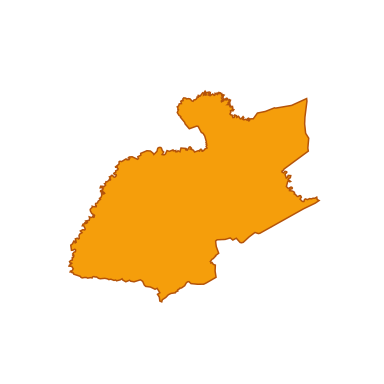 the district of Chum Phuang, Nakhon Ratchasima, Thailand, rotated 62°
{"feature_id": "78962969B76863241399521", "entity_name": "Chum Phuang", "entity_type": "district", "adm_level": 2, "iso_a3": "THA", "parent_name": "Thailand", "parent_adm1": "Nakhon Ratchasima", "projection": "natural_earth1", "projection_center": [102.724, 15.266], "detail": "fine", "context": "isolated", "style": "filled", "palette": "amber", "viewbox_px": 384, "rotation_deg": 62, "n_neighbors": 0, "source": "geoboundaries", "source_scale": "gbopen_adm2", "svg_char_len": 6132}
<svg xmlns="http://www.w3.org/2000/svg" viewBox="0 0 384 384"><g transform="rotate(62 192 192)"><path d="M199.3,63.7L193.5,64.1L184.8,60.6L179.0,57.2L165.8,47.9L163.3,46.9L162.3,63.4L157.2,78.8L156.4,79.7L155.3,89.4L153.0,97.2L156.1,103.5L154.7,106.4L155.9,107.8L155.9,108.5L154.6,109.0L154.0,107.2L153.4,107.3L153.3,108.3L154.2,109.8L153.1,110.2L152.6,112.3L151.8,113.0L150.6,111.3L149.4,111.5L150.4,114.2L150.1,115.0L147.0,115.4L147.1,117.4L145.6,116.8L144.0,118.1L144.1,118.9L145.2,118.8L146.0,119.7L145.5,121.0L142.9,120.5L141.9,121.7L140.9,121.9L140.0,120.5L138.3,119.8L139.6,117.7L138.9,116.4L137.8,117.6L137.1,116.6L135.5,116.1L135.4,117.5L134.3,117.4L134.5,118.3L133.7,118.3L133.5,117.4L132.6,117.6L131.5,119.6L131.4,118.8L130.2,118.3L130.0,117.7L131.5,117.0L130.5,116.6L129.0,114.9L128.3,115.4L129.4,115.7L129.5,116.6L128.3,116.1L127.5,117.0L125.9,116.9L125.3,117.6L125.4,118.1L126.3,117.9L126.8,118.7L124.7,120.1L125.6,120.3L126.3,121.2L126.2,123.6L125.4,123.4L124.8,121.6L122.9,121.8L123.1,120.2L122.0,119.4L121.5,118.2L120.7,118.9L121.8,119.9L121.3,120.6L118.9,119.6L118.4,120.8L117.6,120.5L116.7,121.6L117.6,122.3L116.5,123.2L117.7,123.8L115.7,125.3L117.1,126.3L117.1,127.1L115.2,127.7L115.5,130.8L114.0,132.0L114.1,130.0L112.9,129.2L112.8,130.8L112.5,131.0L111.7,130.2L111.0,132.9L109.1,133.1L110.1,135.0L110.5,134.8L110.3,133.4L112.4,133.6L113.0,134.2L112.6,134.8L111.5,134.1L111.8,136.2L110.6,135.3L109.4,136.0L111.2,140.0L110.9,140.6L109.9,140.6L109.6,141.2L111.3,142.0L111.0,142.9L109.9,142.8L111.0,143.1L111.9,144.5L112.1,145.7L111.6,147.0L112.4,148.5L111.6,149.3L108.9,150.0L107.9,151.2L107.2,153.2L106.2,153.4L105.0,155.1L105.5,156.3L106.5,156.8L106.5,157.6L107.0,157.4L106.6,159.3L109.0,159.8L108.2,161.9L109.7,163.4L109.9,165.1L111.1,164.9L112.3,165.7L112.9,165.3L114.9,167.7L118.3,167.5L120.0,166.5L120.6,167.1L127.0,165.8L128.7,166.1L134.9,164.7L136.0,157.0L136.9,155.8L143.8,155.8L145.4,154.7L148.6,154.5L154.6,155.8L155.0,156.5L156.0,156.3L156.6,157.1L157.6,156.8L158.3,158.1L160.2,158.1L160.1,160.6L160.6,161.2L161.0,163.5L160.7,163.9L160.1,163.3L159.5,164.0L158.4,164.0L158.4,164.9L159.4,166.2L158.5,166.9L157.9,171.0L155.8,171.1L153.4,173.2L153.1,171.9L151.3,172.4L151.0,173.2L152.9,176.6L151.9,177.7L151.4,177.6L151.3,176.7L150.7,176.9L148.0,181.1L150.8,183.7L149.0,185.0L149.5,186.3L148.8,187.5L147.8,186.8L146.9,189.2L145.9,189.0L145.5,192.9L143.7,194.6L146.0,197.7L146.1,199.3L144.9,200.8L143.4,198.2L141.6,198.8L138.9,198.4L138.0,198.7L137.2,200.1L137.3,201.7L139.6,203.8L141.0,208.1L139.6,208.1L136.3,209.5L134.4,212.4L133.8,219.2L135.5,219.9L135.4,223.3L137.2,223.5L137.6,224.7L132.8,228.3L131.6,231.0L132.0,232.3L133.1,231.3L133.9,232.4L133.1,234.3L131.8,234.7L132.1,239.8L131.0,241.2L131.0,242.1L133.1,243.4L133.9,247.8L134.3,247.8L134.9,246.3L135.6,246.7L136.7,246.3L137.5,247.1L137.5,249.5L139.0,250.3L138.6,251.7L138.9,252.4L140.3,252.2L141.1,250.8L142.0,251.1L142.6,252.6L142.5,253.6L141.6,254.2L140.1,254.3L139.5,255.3L140.0,256.1L139.9,257.8L141.2,257.5L141.8,258.7L142.6,258.0L143.1,258.4L142.6,259.8L143.1,262.1L142.5,263.1L143.8,264.3L143.6,265.3L145.3,265.0L146.0,267.0L146.0,268.3L145.2,267.9L144.0,269.9L145.2,271.1L145.9,269.6L147.5,268.9L148.0,269.8L148.0,272.1L149.3,272.9L148.7,272.2L149.5,270.4L150.2,270.4L150.2,271.8L151.0,271.4L151.3,269.8L152.2,269.7L152.3,270.9L151.2,272.7L152.7,273.3L154.1,275.0L154.2,276.6L155.5,276.3L156.1,279.3L157.3,280.5L156.9,282.5L158.4,283.4L159.1,282.9L160.0,283.4L159.0,285.5L157.7,286.8L158.6,287.2L159.5,290.0L160.9,290.6L163.9,290.6L165.0,289.9L166.2,290.3L166.2,289.3L166.8,289.0L168.2,290.2L168.2,290.7L167.0,291.0L167.4,291.9L167.1,293.0L165.7,294.4L167.3,294.8L168.7,296.0L167.7,299.4L168.7,299.2L169.3,298.4L169.8,298.6L168.7,300.8L169.0,301.3L169.9,300.7L169.2,303.3L170.3,304.7L171.1,303.4L174.5,303.6L175.0,304.1L175.0,304.8L174.0,306.1L174.0,308.9L176.3,308.2L176.4,310.7L177.3,312.1L180.1,313.4L180.2,314.2L178.9,315.0L178.6,317.0L182.0,317.8L182.1,319.0L180.2,318.9L179.8,319.3L181.7,322.0L182.0,324.0L186.9,325.8L187.4,324.6L187.5,322.4L188.2,321.9L189.2,322.3L190.0,323.0L189.7,324.4L190.7,326.5L191.9,326.1L192.3,327.1L193.0,326.4L194.1,327.5L193.8,328.6L195.9,329.6L195.6,331.0L195.9,332.8L197.7,332.9L198.2,331.6L198.6,331.6L199.1,334.7L199.7,335.4L201.2,333.1L204.1,332.9L205.2,334.8L204.8,336.5L205.4,337.1L206.1,335.7L206.7,335.9L207.8,334.8L209.0,335.0L214.0,330.3L215.2,330.1L216.3,329.3L217.0,327.1L217.9,325.4L219.1,324.5L219.9,321.9L221.0,320.5L220.3,319.8L220.6,318.3L221.6,317.4L222.1,316.2L224.4,315.0L225.5,313.8L227.3,309.5L229.0,307.4L230.3,306.6L230.9,304.6L233.4,302.4L233.9,300.7L235.0,300.3L235.9,296.6L235.8,294.5L237.1,294.5L240.2,292.6L240.6,288.5L242.0,288.0L244.1,285.3L245.3,278.8L247.7,277.5L251.7,277.8L253.6,277.2L256.4,273.3L260.5,270.3L260.7,268.0L265.9,267.7L266.1,270.5L269.4,270.2L273.2,271.6L274.8,270.3L273.2,268.8L272.8,264.7L271.6,261.1L271.7,258.1L273.2,254.0L272.7,253.6L272.7,251.0L272.2,251.2L271.6,250.4L271.6,248.3L271.2,248.0L271.8,246.3L271.3,242.4L269.6,239.8L269.2,238.1L269.7,236.8L272.4,235.9L276.2,230.2L278.9,224.9L279.0,222.1L278.6,210.8L272.6,208.7L267.5,205.7L266.0,207.1L263.7,207.4L263.6,208.6L262.3,208.1L262.0,208.4L260.8,206.0L260.8,204.6L259.6,201.0L259.2,201.0L258.6,197.2L251.6,196.2L248.1,194.9L246.3,194.1L246.0,192.2L249.4,185.1L250.5,179.8L253.6,178.5L253.6,174.6L259.2,173.2L260.1,172.1L260.5,170.4L258.4,162.5L257.3,155.4L259.9,152.9L260.3,151.4L259.2,101.3L259.7,88.4L259.2,83.8L257.4,85.0L255.1,84.3L255.2,86.4L254.3,88.1L254.1,89.8L253.0,91.3L253.0,93.5L251.3,95.2L251.5,96.3L252.9,97.6L252.6,98.5L251.7,99.2L249.0,99.9L248.0,97.9L246.2,97.9L245.7,98.7L245.8,100.6L245.3,101.2L242.2,102.0L241.8,102.6L240.4,101.7L238.5,102.7L236.5,105.3L235.6,104.5L236.1,102.1L235.6,101.5L234.8,101.6L234.1,102.2L234.1,105.4L231.5,106.1L227.5,102.4L227.5,101.6L228.9,100.9L229.0,100.0L226.1,101.2L225.5,100.3L225.6,98.5L223.9,97.1L222.5,99.2L223.8,100.9L223.9,102.2L219.9,101.5L219.3,99.2L218.5,98.9L217.4,100.1L218.1,102.3L216.4,103.2L215.8,102.7L215.7,101.2L214.9,99.9L210.5,70.1L207.6,69.1L199.3,63.7Z" fill="#f59e0b" stroke="#b45309" stroke-width="1.5"/></g></svg>